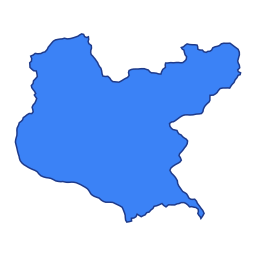 the district of Galiléia, Minas Gerais, Brazil
{"feature_id": "56859067B11890603892826", "entity_name": "Galiléia", "entity_type": "district", "adm_level": 2, "iso_a3": "BRA", "parent_name": "Brazil", "parent_adm1": "Minas Gerais", "projection": "albers", "projection_center": [-41.52, -18.889], "detail": "fine", "context": "isolated", "style": "filled", "palette": "blue", "viewbox_px": 256, "rotation_deg": 0, "n_neighbors": 0, "source": "geoboundaries", "source_scale": "gbopen_adm2", "svg_char_len": 4286}
<svg xmlns="http://www.w3.org/2000/svg" viewBox="0 0 256 256"><path d="M219.3,45.6L217.3,46.3L215.0,46.8L212.8,47.8L211.6,50.1L209.8,51.3L207.7,51.4L206.2,52.4L203.9,51.8L202.4,50.1L199.6,50.0L197.8,49.1L197.7,46.8L197.1,45.1L195.1,44.8L192.0,44.7L189.5,44.5L187.1,43.9L185.2,45.2L183.5,46.8L181.3,47.5L182.3,49.1L183.9,50.1L184.4,52.4L185.1,54.8L186.6,56.7L186.2,59.5L184.6,61.2L182.8,62.6L180.8,62.8L178.8,62.5L176.3,62.5L173.5,62.8L170.7,62.6L167.7,63.0L165.6,63.0L165.2,64.9L165.4,67.4L162.8,69.4L161.6,71.8L160.9,74.1L158.5,73.9L156.4,73.2L153.8,72.9L151.3,72.8L149.8,71.8L148.3,70.0L146.3,69.4L144.3,68.7L141.1,68.7L138.2,69.0L135.8,69.0L133.4,69.1L131.3,69.5L129.1,70.5L128.5,72.5L129.1,75.5L127.5,77.5L125.5,78.4L123.6,79.5L121.4,80.9L118.9,82.2L115.9,81.9L112.8,81.6L111.2,80.3L109.7,78.0L107.8,76.3L105.4,76.5L102.9,76.1L102.1,73.9L101.6,70.7L100.9,68.2L99.6,66.7L98.4,64.6L97.6,62.6L96.2,60.6L95.1,59.0L93.9,57.6L92.6,56.0L91.2,54.6L90.7,52.7L90.8,50.4L91.5,48.1L91.3,45.5L88.8,43.6L88.1,41.4L88.7,39.5L88.4,36.8L86.6,37.5L84.6,36.6L83.6,34.4L81.6,33.9L79.8,34.9L77.9,36.2L76.2,36.8L73.9,37.6L71.1,38.4L69.4,38.7L67.3,38.9L64.4,38.2L62.2,38.9L60.4,39.0L57.9,39.4L55.5,39.9L53.4,41.1L52.1,42.5L50.7,44.2L49.5,45.7L48.3,47.1L47.2,49.5L45.0,51.9L42.7,52.5L41.0,53.5L37.8,53.8L35.2,53.4L33.2,55.0L30.7,56.1L31.7,58.6L31.4,61.2L29.7,62.8L29.9,65.1L30.0,67.4L31.6,69.0L33.6,70.7L36.3,71.0L37.0,74.2L37.3,76.6L35.5,78.7L33.5,80.8L33.1,83.5L31.3,85.6L31.8,87.7L32.9,89.3L34.5,91.3L35.7,93.4L34.3,95.0L35.5,96.8L36.7,98.4L36.1,100.3L34.9,103.0L33.2,104.9L32.1,107.2L32.8,109.7L33.2,111.8L31.8,113.6L29.2,113.5L27.0,114.8L25.1,116.4L23.3,117.6L22.6,119.8L21.2,121.3L19.3,122.7L18.5,125.2L17.1,128.1L16.9,130.1L17.0,132.8L16.9,135.4L16.3,137.4L15.7,139.7L15.4,142.1L16.2,145.4L16.8,147.7L17.2,149.5L17.6,151.4L18.3,154.0L19.1,156.4L19.4,158.2L20.2,160.6L21.8,162.8L23.8,164.6L25.3,165.5L28.2,167.3L30.9,168.7L33.0,169.6L35.2,170.5L37.4,171.9L38.7,173.7L40.8,175.7L43.5,176.9L46.2,177.6L48.5,177.9L50.9,178.4L53.4,179.6L55.8,180.9L58.2,181.4L60.9,181.7L62.8,181.5L65.0,182.0L66.8,182.3L69.2,182.3L71.6,182.1L73.6,182.2L76.2,182.7L78.8,183.8L81.0,184.8L83.2,186.1L85.5,187.4L87.5,188.8L88.7,190.3L89.8,192.0L90.8,193.8L92.2,195.1L94.2,196.3L96.3,197.1L99.1,198.1L101.4,200.2L103.4,201.4L105.7,202.2L109.7,202.2L112.8,202.4L114.6,203.3L116.5,204.2L118.2,205.0L119.8,205.8L122.2,207.3L123.4,210.0L124.6,213.2L125.2,215.3L125.3,217.4L125.6,220.1L126.8,222.1L129.5,221.6L131.6,221.0L131.4,218.3L133.9,218.0L136.0,216.7L137.1,214.2L139.3,215.5L141.2,216.7L143.1,215.7L145.2,214.8L146.6,212.7L149.2,212.0L150.9,210.0L152.9,208.5L154.1,206.3L156.6,205.8L159.1,204.8L162.0,203.5L163.6,205.3L166.0,206.9L168.5,204.8L171.4,204.9L174.8,204.9L176.9,203.9L179.2,203.5L181.2,202.6L184.1,202.6L186.0,203.5L187.8,204.9L189.6,206.9L191.7,206.6L193.9,207.2L195.9,207.5L198.2,209.2L198.4,211.6L197.8,213.5L199.0,215.4L200.2,216.7L200.9,218.5L202.6,216.1L204.1,213.4L202.8,210.5L200.9,208.1L199.5,206.1L198.3,204.6L197.2,203.0L196.5,201.2L194.7,199.2L192.5,199.4L190.6,199.2L188.8,197.9L187.7,195.6L186.5,193.8L184.7,192.6L182.7,191.5L181.6,190.0L180.5,188.4L178.8,186.0L177.7,183.6L177.3,180.6L175.4,177.4L173.7,175.4L171.4,173.1L169.9,170.3L170.9,168.0L173.0,166.2L175.6,164.5L178.1,163.2L179.9,162.1L181.3,160.2L180.3,157.5L179.0,155.7L179.6,153.7L181.6,151.6L183.2,149.7L184.5,147.8L186.0,146.0L187.2,143.7L187.6,140.9L186.3,139.2L184.3,138.0L182.6,136.7L181.2,135.0L178.9,133.9L177.8,132.3L177.0,130.5L175.0,130.0L172.8,129.5L171.3,128.2L169.9,126.3L169.5,123.5L171.5,122.0L173.5,121.7L175.5,120.5L177.9,118.7L179.9,117.2L181.5,116.2L183.1,115.4L185.0,114.9L187.1,114.8L189.9,115.0L193.0,114.8L196.3,114.1L199.3,113.9L201.5,113.5L202.9,111.7L203.4,109.1L204.3,107.1L205.3,105.6L207.0,103.8L209.1,101.9L209.9,100.2L209.9,98.0L210.0,95.3L213.4,95.1L215.6,93.8L217.1,92.5L218.3,90.6L220.2,88.5L222.8,88.0L225.4,88.0L227.8,87.9L229.7,88.1L231.3,85.5L232.4,84.1L234.0,82.5L235.1,79.9L237.0,77.6L238.2,75.3L240.1,74.7L240.6,72.8L238.3,71.7L237.7,69.9L239.7,67.8L239.3,65.1L238.2,62.9L237.7,60.9L238.3,58.8L238.8,56.8L239.4,54.9L239.3,52.1L238.1,49.3L236.1,47.8L234.2,46.4L232.0,44.7L230.0,43.2L227.5,43.3L225.5,43.3L223.8,43.2L221.4,43.8L219.3,45.6Z" fill="#3b82f6" stroke="#1e3a8a" stroke-width="1.5"/></svg>